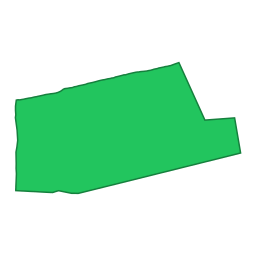 outline of Dumyat Al-Gadida, Dumyat, Egypt
{"feature_id": "37247803B6997097478011", "entity_name": "Dumyat Al-Gadida", "entity_type": "district", "adm_level": 2, "iso_a3": "EGY", "parent_name": "Egypt", "parent_adm1": "Dumyat", "projection": "mercator", "projection_center": [31.676, 31.437], "detail": "fine", "context": "isolated", "style": "filled", "palette": "green", "viewbox_px": 256, "rotation_deg": 0, "n_neighbors": 0, "source": "geoboundaries", "source_scale": "gbopen_adm2", "svg_char_len": 1345}
<svg xmlns="http://www.w3.org/2000/svg" viewBox="0 0 256 256"><path d="M234.6,117.9L204.9,120.1L178.9,62.6L176.9,63.3L174.6,64.1L170.6,65.6L169.0,65.9L167.5,66.3L165.1,66.6L163.9,67.0L160.4,67.7L158.4,68.1L157.6,68.5L154.0,69.2L153.2,69.5L150.5,70.3L148.5,70.6L146.9,71.0L144.2,71.3L140.6,71.6L138.6,72.0L137.5,72.0L135.5,72.3L132.3,73.0L128.8,73.8L125.2,74.9L124.1,74.8L121.3,75.6L116.9,76.7L115.4,77.0L113.8,77.8L111.4,78.1L110.2,78.5L107.9,78.8L104.7,79.6L102.7,79.9L100.8,80.3L98.0,81.0L95.6,81.7L92.5,82.5L87.7,83.5L85.7,84.3L82.6,85.0L79.0,85.7L76.3,86.5L74.3,86.8L72.3,87.6L69.6,87.9L67.6,88.3L64.8,88.6L63.2,89.3L62.8,89.7L60.5,91.3L58.1,92.4L55.7,93.1L53.3,93.5L50.6,93.8L48.2,94.2L45.9,94.5L43.1,95.2L39.5,96.0L38.0,96.3L36.4,96.7L34.4,97.0L32.8,97.4L31.3,97.8L28.9,98.1L26.9,98.5L25.3,98.8L23.8,99.2L21.8,99.5L19.8,99.9L17.9,99.8L16.3,100.1L15.5,106.2L15.5,110.5L15.8,114.8L15.4,117.6L17.1,130.2L17.4,135.3L17.7,140.4L16.9,147.1L16.0,152.1L16.2,163.9L16.1,168.3L16.4,173.4L16.4,174.3L16.1,182.0L15.9,186.7L15.9,187.9L15.8,189.1L15.8,190.6L21.3,190.9L25.6,191.1L30.3,191.4L35.4,191.6L40.1,191.9L49.5,192.4L52.6,192.5L53.7,192.2L55.4,191.6L56.2,191.4L57.1,191.1L58.6,190.7L60.2,191.0L62.6,191.5L71.5,193.3L74.7,193.3L78.2,193.4L183.2,167.3L201.7,162.7L240.6,153.0L234.6,117.9Z" fill="#22c55e" stroke="#15803d" stroke-width="1.5"/></svg>